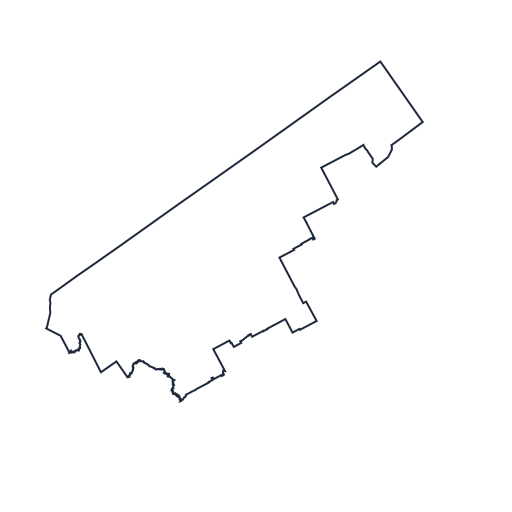 outline of West Wimmera, Victoria, Australia, rotated 55°
{"feature_id": "25037944B702157588032", "entity_name": "West Wimmera", "entity_type": "district", "adm_level": 2, "iso_a3": "AUS", "parent_name": "Australia", "parent_adm1": "Victoria", "projection": "mercator", "projection_center": [141.548, -36.599], "detail": "fine", "context": "isolated", "style": "outline", "palette": "slate", "viewbox_px": 512, "rotation_deg": 55, "n_neighbors": 0, "source": "geoboundaries", "source_scale": "gbopen_adm2", "svg_char_len": 5868}
<svg xmlns="http://www.w3.org/2000/svg" viewBox="0 0 512 512"><g transform="rotate(55 256 256)"><path d="M262.3,449.7L262.3,430.8L282.4,430.8L282.2,430.7L282.1,429.8L281.9,429.5L282.1,429.1L281.8,429.1L281.7,429.2L281.1,428.9L281.1,428.4L281.1,428.2L281.4,427.7L281.0,427.3L280.8,426.9L279.8,426.6L279.9,426.0L280.1,426.0L280.4,426.1L280.7,426.0L280.8,425.2L280.3,424.8L280.2,424.3L279.9,423.8L279.5,423.6L279.4,423.0L278.8,422.6L278.7,422.1L278.4,421.8L278.2,421.4L277.7,421.5L277.3,421.3L277.2,420.7L277.0,420.3L275.8,420.5L275.7,420.4L275.7,420.1L275.1,419.7L275.1,419.4L274.5,419.0L274.6,418.7L274.4,418.5L274.2,418.0L274.0,417.9L274.3,417.2L274.1,417.0L275.2,416.1L275.4,415.8L275.3,415.5L275.4,415.1L275.1,414.8L274.9,414.8L274.7,414.9L274.8,415.4L274.6,415.6L274.2,415.5L274.0,415.0L274.3,414.3L274.3,413.7L275.1,413.2L275.3,412.8L275.2,412.2L274.7,412.0L274.2,412.0L274.4,411.5L274.3,411.3L274.5,411.0L275.1,410.6L275.3,410.6L275.6,410.8L276.1,410.6L276.6,410.0L277.3,409.6L277.6,409.1L277.7,408.6L278.1,408.6L278.3,409.0L279.2,408.9L279.5,408.8L279.5,408.5L279.8,408.3L280.7,408.0L280.9,407.7L281.9,407.2L282.6,407.3L283.0,406.8L284.0,406.4L284.5,406.6L285.0,406.6L285.1,406.4L286.2,405.7L286.4,405.5L286.6,405.5L287.6,404.7L288.3,404.4L288.7,404.1L289.4,404.1L289.6,403.5L289.9,403.7L290.5,403.3L291.4,403.1L291.4,402.9L291.7,402.5L292.0,402.5L292.1,402.4L292.0,401.6L292.9,400.7L293.0,400.1L293.3,400.0L293.2,399.8L293.4,399.4L293.9,399.0L294.2,399.0L294.2,398.8L294.2,398.7L294.7,398.6L295.0,398.4L295.0,398.1L294.8,397.8L295.1,397.8L295.3,397.6L295.4,397.4L295.2,397.2L295.3,396.9L295.2,396.7L295.6,396.3L296.0,396.3L296.7,396.6L297.4,396.7L298.0,397.0L298.7,397.5L298.6,397.8L299.0,398.1L299.0,398.4L299.4,398.2L299.3,397.5L299.5,397.0L300.0,396.9L300.3,397.5L300.6,397.7L301.0,397.3L302.1,395.3L302.6,394.8L302.8,395.1L302.9,395.7L302.9,396.6L303.1,397.0L303.7,397.4L304.2,397.4L304.4,397.2L304.4,396.7L304.2,396.3L304.2,396.0L304.3,395.8L305.0,396.1L305.4,395.8L306.1,395.7L306.4,395.5L306.9,395.6L307.4,395.4L307.9,395.0L308.5,395.1L308.9,394.9L309.8,394.8L310.0,394.8L310.5,394.1L310.8,394.0L310.8,394.4L310.8,394.6L310.4,395.0L310.1,395.1L310.0,395.3L310.4,395.5L310.5,395.9L310.6,396.2L311.4,396.5L311.8,396.3L312.3,396.4L312.6,396.6L312.6,396.8L312.7,397.2L313.1,397.7L313.3,397.6L313.6,397.1L314.0,397.4L313.9,397.7L314.2,398.0L314.3,398.0L314.5,397.3L314.8,397.2L315.1,398.1L316.0,399.6L316.3,399.8L316.7,399.7L316.9,399.7L316.8,400.1L316.4,400.3L316.4,400.5L316.7,400.7L316.7,401.1L316.8,401.3L317.6,401.2L317.4,401.6L317.5,402.2L317.9,402.2L319.1,401.9L319.4,401.9L319.5,402.1L319.4,402.3L319.6,402.3L319.7,402.5L319.8,402.5L320.0,402.5L320.0,402.1L320.2,401.9L320.6,402.1L320.7,402.6L321.3,403.1L321.7,402.9L321.8,402.7L321.9,402.0L321.8,401.8L322.2,401.6L322.6,401.5L322.7,401.3L322.6,401.1L322.2,401.3L321.9,401.3L322.2,400.7L322.6,400.6L323.3,401.0L323.9,401.1L324.2,401.4L325.0,401.3L325.1,401.2L325.1,400.7L324.6,400.5L324.7,400.2L324.5,399.8L324.8,399.7L325.3,399.8L325.8,399.4L325.9,399.5L325.8,399.9L326.0,400.0L325.8,400.5L326.3,400.5L326.5,400.8L326.7,400.7L326.5,400.3L326.9,399.8L326.9,399.4L327.0,399.3L327.2,399.5L328.4,399.7L328.6,399.9L329.0,399.7L329.3,400.0L329.4,400.4L329.9,400.5L330.0,400.9L330.7,400.8L331.1,401.1L331.6,401.0L331.4,400.4L330.9,400.2L330.9,399.4L331.2,399.1L331.4,399.2L331.7,400.3L331.8,399.9L331.5,398.8L331.7,398.5L331.7,398.3L331.3,398.1L331.1,397.1L331.0,396.5L330.6,395.8L330.8,395.0L330.5,393.8L329.5,393.2L330.5,384.7L330.6,384.1L330.7,383.9L330.9,383.2L331.1,382.7L330.8,381.8L330.8,381.5L332.6,367.0L332.1,367.0L332.6,362.7L330.5,362.4L330.8,361.1L332.6,361.4L333.7,352.7L334.7,352.8L334.9,350.6L333.6,350.5L333.7,350.0L332.5,349.8L331.2,348.6L332.4,347.4L307.8,344.4L310.0,326.3L313.0,326.6L313.1,325.8L317.7,326.3L318.7,318.0L316.9,317.8L317.2,315.5L317.3,315.5L316.8,309.8L317.0,307.6L316.5,307.6L316.8,305.1L319.9,305.5L321.5,292.8L321.9,292.9L322.4,288.5L322.0,288.5L324.5,268.1L339.7,270.0L340.7,262.1L341.7,262.2L344.0,243.6L322.1,241.1L321.7,244.4L312.0,243.1L306.3,241.8L303.0,241.9L270.7,237.7L272.9,221.3L271.6,221.2L272.8,211.9L272.0,211.8L273.1,202.8L272.9,202.8L273.3,199.5L275.3,199.7L275.5,198.0L257.0,195.5L257.0,195.4L255.7,195.3L251.7,194.9L256.0,161.9L258.2,162.2L258.3,160.3L257.1,158.2L256.5,157.9L256.7,156.5L221.0,151.9L224.5,125.1L225.5,120.9L226.3,110.9L226.6,104.3L227.8,104.6L229.0,104.6L229.9,104.8L231.6,104.8L232.7,104.4L233.9,104.4L234.8,104.6L243.1,104.6L243.7,104.8L246.4,107.2L251.8,106.3L250.7,91.1L246.7,83.5L246.2,83.3L244.0,81.8L242.9,81.5L242.8,72.1L241.9,44.2L241.9,42.6L168.0,42.6L168.1,104.1L168.9,198.6L169.1,271.3L169.1,288.7L169.7,364.7L169.7,400.8L169.7,404.3L169.7,406.0L169.6,413.4L169.9,434.0L170.0,446.1L173.8,450.2L174.2,450.4L176.1,451.0L180.2,454.5L184.7,457.2L194.6,468.3L195.0,469.4L209.3,461.8L221.9,463.4L228.5,464.3L228.5,463.9L228.3,463.8L228.2,464.0L228.1,463.7L227.6,463.7L227.5,462.7L227.8,462.2L227.7,462.0L228.1,462.1L228.2,462.4L228.4,462.3L228.5,462.6L229.0,462.5L229.0,462.0L229.2,462.5L229.5,462.3L229.6,462.1L229.6,461.6L229.7,461.4L229.6,461.1L229.9,461.1L230.1,461.0L230.1,460.7L229.9,460.5L229.8,460.3L230.7,459.8L230.5,459.5L230.3,459.5L230.1,459.6L230.0,459.4L230.0,459.0L230.3,459.1L230.4,458.7L230.5,458.5L230.0,457.5L231.0,456.0L231.5,455.7L231.8,455.6L231.9,455.3L231.6,455.0L230.2,454.8L230.1,454.6L230.1,454.4L230.4,454.0L230.5,453.4L230.6,453.0L230.0,452.7L229.8,452.4L229.0,452.3L228.0,450.9L227.4,450.6L226.5,450.7L226.1,450.1L225.9,450.2L225.6,449.6L225.6,449.3L225.4,448.9L225.1,448.9L224.7,449.1L224.3,448.9L224.3,448.6L224.1,448.3L223.3,448.1L223.0,448.1L222.2,448.5L219.9,447.7L219.6,447.4L219.7,447.1L219.8,447.0L219.8,446.7L219.4,446.3L219.7,445.8L219.2,445.6L219.1,445.4L219.4,444.8L219.0,444.7L219.3,444.3L219.5,444.4L219.9,443.7L262.3,449.7Z" fill="none" stroke="#1e293b" stroke-width="2"/></g></svg>